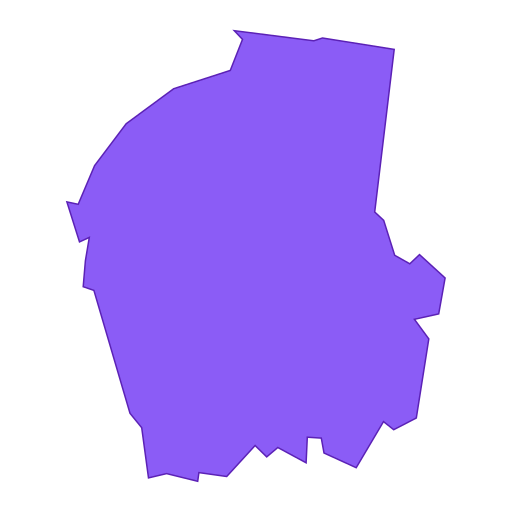 outline of Smith, Tennessee, United States of America
{"feature_id": "52423323B17760103371200", "entity_name": "Smith", "entity_type": "district", "adm_level": 2, "iso_a3": "USA", "parent_name": "United States of America", "parent_adm1": "Tennessee", "projection": "natural_earth1", "projection_center": [-85.954, 36.255], "detail": "fine", "context": "isolated", "style": "filled", "palette": "violet", "viewbox_px": 512, "rotation_deg": 0, "n_neighbors": 0, "source": "geoboundaries", "source_scale": "gbopen_adm2", "svg_char_len": 644}
<svg xmlns="http://www.w3.org/2000/svg" viewBox="0 0 512 512"><path d="M234.3,30.7L242.5,39.4L230.3,70.4L173.7,88.7L126.2,123.7L94.6,165.6L78.2,204.3L66.9,201.9L79.5,241.9L89.3,237.4L85.4,260.7L83.2,286.7L93.9,290.4L130.0,413.3L141.7,427.7L148.5,477.9L166.6,473.6L197.7,481.3L198.9,472.6L226.7,476.5L255.1,445.5L266.7,456.9L277.8,447.5L306.1,462.8L307.3,437.2L321.3,438.1L324.0,453.0L356.2,467.7L383.5,421.6L393.7,429.7L416.3,418.0L428.8,338.9L414.4,319.3L438.7,313.9L445.1,278.0L419.5,254.6L409.8,263.8L394.7,255.3L383.7,220.4L374.7,212.0L394.2,49.4L322.5,38.0L313.8,40.8L234.3,30.7Z" fill="#8b5cf6" stroke="#5b21b6" stroke-width="1.5"/></svg>